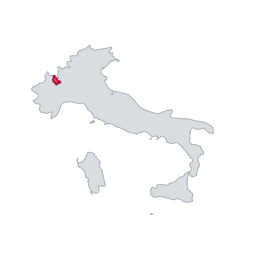 Italy, with Varese highlighted, rotated 340°
{"feature_id": "ITA-5451", "entity_name": "Varese", "entity_type": "Province", "adm_level": 1, "iso_a3": "ITA", "parent_name": "Italy", "parent_adm1": "", "projection": "equal_earth", "projection_center": [8.786, 45.833], "detail": "fine", "context": "in_parent", "style": "filled", "palette": "rose", "viewbox_px": 256, "rotation_deg": 340, "n_neighbors": 0, "source": "natural_earth", "source_scale": "10m", "svg_char_len": 4564}
<svg xmlns="http://www.w3.org/2000/svg" viewBox="0 0 256 256"><g transform="rotate(340 128 128)"><path d="M53.5,56.5L54.9,57.2L60.3,55.6L63.5,56.6L66.2,55.0L67.9,52.5L67.5,50.7L71.8,47.8L72.2,51.1L74.6,53.4L76.9,53.9L76.4,55.3L78.7,58.1L79.6,57.8L79.9,57.3L79.3,55.0L82.5,50.4L82.6,47.3L83.2,46.9L84.8,47.2L86.1,50.1L91.4,49.2L93.3,51.4L94.1,51.0L92.7,47.1L93.3,45.2L94.7,44.8L95.7,45.8L97.8,46.0L97.9,44.9L97.3,44.1L98.0,40.8L101.1,41.1L102.9,42.3L105.0,42.2L106.8,39.6L108.2,38.9L115.1,38.8L120.1,37.2L120.5,37.5L119.6,38.8L120.0,39.6L123.1,43.5L140.1,46.5L139.9,47.5L136.3,49.9L136.1,50.8L136.6,51.7L139.4,52.3L137.6,54.6L137.6,55.5L139.1,55.6L138.9,58.4L140.8,59.3L142.8,61.7L140.8,62.2L141.6,61.5L139.5,59.1L137.4,60.1L134.0,59.1L131.8,61.3L124.1,64.2L125.4,62.9L124.8,62.9L122.0,64.6L121.4,68.0L123.7,71.5L125.4,72.7L124.7,74.8L123.7,75.6L122.3,75.0L121.9,76.9L122.8,81.9L124.0,85.4L128.0,89.3L130.9,90.6L139.7,96.6L143.0,103.3L146.0,111.8L148.4,115.0L153.3,119.6L157.7,122.9L161.9,125.0L172.5,124.9L175.2,125.7L175.6,127.1L175.1,128.1L172.0,130.5L171.9,132.4L173.5,133.7L180.8,137.3L188.4,140.3L193.5,144.2L200.1,147.5L205.4,152.5L207.3,155.2L207.8,157.3L206.7,160.8L206.1,162.3L202.4,160.2L199.2,154.1L192.8,153.1L190.9,152.0L189.8,150.2L187.8,150.0L186.4,151.0L183.2,156.7L181.4,161.6L181.4,163.6L182.5,165.6L185.6,166.6L189.7,170.2L190.0,174.5L190.8,177.0L189.8,178.4L187.8,178.1L185.1,179.0L183.3,180.6L182.6,182.1L182.6,187.6L179.1,190.5L176.2,196.0L171.6,196.1L170.5,194.4L170.4,191.8L171.1,190.3L172.8,189.5L173.8,186.3L173.4,183.9L174.0,182.9L177.6,181.3L177.7,178.0L176.2,176.6L174.9,170.7L170.0,159.3L168.5,158.2L164.6,157.9L159.8,154.9L159.5,153.6L160.2,152.4L159.7,150.8L158.1,147.9L157.1,147.3L151.4,148.5L153.0,146.2L150.9,144.7L147.3,144.7L147.3,143.7L144.7,139.1L143.0,137.3L136.4,136.3L134.3,137.1L131.0,134.2L128.1,133.1L120.5,124.9L116.9,122.4L114.5,118.8L109.9,116.5L107.9,117.0L107.4,116.6L108.5,115.9L108.2,114.5L105.1,111.0L103.3,109.8L102.0,107.5L99.4,107.0L99.5,102.9L98.5,100.0L96.8,97.6L95.8,91.7L95.0,90.1L93.1,88.9L88.9,87.5L83.1,83.7L76.2,82.0L73.4,83.3L66.2,91.3L59.4,93.2L59.3,91.5L61.9,87.8L61.4,86.4L57.2,86.8L51.7,83.5L51.0,80.5L52.5,77.6L53.5,77.0L53.0,75.1L49.7,73.5L48.3,71.0L48.2,70.1L49.1,69.7L51.1,69.8L54.2,68.1L55.1,65.7L50.5,59.6L50.7,58.4L53.5,56.5ZM125.3,90.9L125.5,89.4L124.1,90.3L124.5,91.0L125.3,90.9ZM170.2,190.2L165.0,198.9L163.3,204.8L163.6,207.1L165.2,208.7L164.5,209.3L166.2,212.1L166.2,212.9L163.8,216.1L163.9,218.8L159.2,218.4L155.4,216.8L153.4,213.6L151.9,212.3L150.3,211.3L147.0,211.3L145.6,210.7L136.8,204.4L133.4,202.8L129.4,202.3L127.9,201.0L126.6,198.3L128.0,194.0L130.5,191.7L132.9,194.4L134.9,193.5L135.0,192.6L136.4,191.6L138.2,191.5L145.1,195.3L148.6,194.3L151.9,194.7L154.9,194.2L158.7,192.0L163.2,192.2L168.3,189.7L170.2,190.2ZM87.9,143.5L90.2,150.3L88.1,154.4L89.0,158.8L87.1,174.0L86.0,174.5L80.2,172.7L79.7,176.2L78.9,177.6L77.8,178.6L74.6,178.3L71.5,173.3L71.2,168.4L71.9,166.9L71.9,164.1L73.2,163.9L73.3,162.0L72.6,160.9L71.4,160.6L71.4,158.5L72.2,156.8L72.2,153.9L70.6,150.2L68.4,147.6L68.9,142.9L70.8,144.1L73.6,144.1L77.0,142.3L82.4,136.9L83.2,137.9L85.5,138.8L87.6,141.1L86.8,142.6L87.9,143.5ZM97.9,108.9L98.4,110.0L98.2,111.4L97.1,110.6L94.4,110.9L94.1,110.2L97.4,109.5L97.9,108.9ZM72.3,175.8L71.5,177.6L70.7,175.2L70.8,174.9L72.3,175.8ZM70.5,139.6L69.3,141.5L68.7,141.5L70.2,139.3L70.5,139.6ZM121.6,217.6L120.0,217.2L120.0,216.3L121.2,216.4L121.6,217.6ZM146.3,146.0L145.0,146.6L145.0,145.6L146.3,146.0Z" fill="#d9dde1" stroke="#a8b0b8" stroke-width="1"/><path d="M75.7,53.4L75.8,53.4L75.9,53.6L76.0,53.7L76.6,53.7L76.8,53.7L77.1,54.1L76.9,54.5L76.5,54.9L76.3,55.4L76.3,55.5L76.2,55.5L76.5,55.5L77.4,56.0L77.5,56.0L77.7,56.4L77.9,56.8L78.1,57.0L78.1,57.5L78.0,57.9L78.0,58.2L78.0,58.3L78.0,58.7L78.0,58.9L78.0,59.0L78.6,59.7L78.6,59.9L78.6,60.0L78.3,60.3L78.2,60.4L78.1,60.6L78.3,60.9L78.4,61.1L78.5,61.0L78.8,60.9L79.0,60.7L79.0,60.8L79.2,61.2L79.6,61.1L80.0,60.9L80.0,61.2L80.0,61.4L80.0,61.6L80.1,62.1L79.8,62.3L79.4,62.4L79.1,62.3L79.0,62.2L78.9,62.0L78.9,61.7L78.3,61.7L78.2,61.8L77.9,61.9L77.8,62.0L77.6,62.3L77.2,62.5L77.1,62.3L76.8,62.1L76.6,61.9L76.5,62.1L76.4,62.2L76.0,62.6L75.8,62.6L75.6,62.6L75.4,62.7L75.3,62.3L75.3,62.0L75.3,61.9L75.0,61.5L74.9,61.4L75.0,61.3L75.1,61.2L75.1,60.9L75.1,60.7L74.9,60.7L74.7,60.6L74.7,60.3L74.7,60.2L74.7,59.9L74.3,59.8L74.2,59.7L73.8,59.0L73.7,58.8L73.6,58.6L74.0,58.3L74.0,58.2L74.0,57.5L73.9,57.1L73.9,56.9L73.9,56.7L74.0,56.6L75.6,55.0L75.7,54.9L75.8,54.7L75.7,53.4Z" fill="#f43f5e" stroke="#9f1239" stroke-width="1.5"/></g></svg>